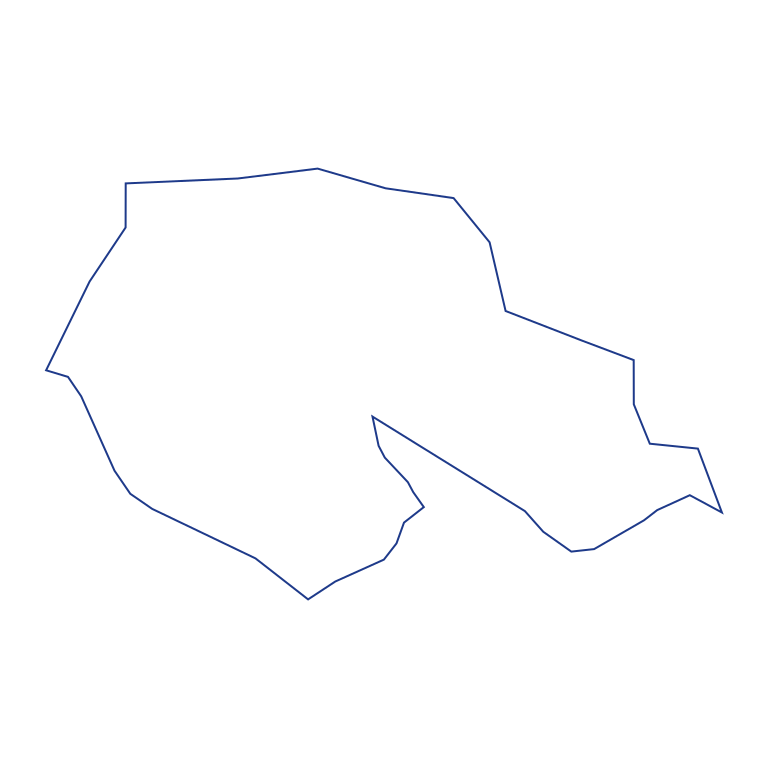 map outline of Aknistes (Equal Earth projection)
{"feature_id": "LVA-5734", "entity_name": "Aknistes", "entity_type": "Municipality", "adm_level": 1, "iso_a3": "LVA", "parent_name": "Latvia", "parent_adm1": "", "projection": "equal_earth", "projection_center": [25.843, 56.138], "detail": "fine", "context": "isolated", "style": "outline", "palette": "blue", "viewbox_px": 768, "rotation_deg": 0, "n_neighbors": 0, "source": "natural_earth", "source_scale": "10m", "svg_char_len": 627}
<svg xmlns="http://www.w3.org/2000/svg" viewBox="0 0 768 768"><path d="M308.1,599.4L255.5,558.4L152.2,508.9L130.3,493.8L114.5,470.7L81.2,396.3L68.0,376.9L46.1,370.3L89.6,281.5L125.6,227.5L125.7,183.4L237.7,178.5L317.6,168.6L385.6,188.3L453.6,198.1L489.6,242.3L505.6,311.0L581.7,340.5L633.7,360.1L633.8,404.3L649.8,443.7L697.9,448.6L721.9,512.5L689.8,495.2L657.2,510.1L644.0,520.3L594.1,549.1L571.3,551.6L543.3,531.8L524.9,511.1L372.5,416.6L378.6,445.8L384.8,457.6L407.9,482.2L413.2,492.1L423.8,507.1L404.0,522.6L396.5,543.4L383.9,559.6L335.3,581.5L308.5,599.1L308.1,599.4Z" fill="none" stroke="#1e3a8a" stroke-width="2"/></svg>